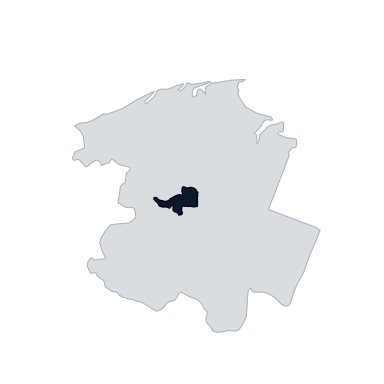 Offouè-Onoyè, Ogooué-Lolo, Gabon shown in context, rotated 111°
{"feature_id": "22940354B26580795617541", "entity_name": "Offouè-Onoyè", "entity_type": "district", "adm_level": 2, "iso_a3": "GAB", "parent_name": "Gabon", "parent_adm1": "Ogooué-Lolo", "projection": "albers", "projection_center": [11.91, -1.081], "detail": "fine", "context": "in_parent", "style": "filled", "palette": "ink", "viewbox_px": 384, "rotation_deg": 111, "n_neighbors": 0, "source": "geoboundaries", "source_scale": "gbopen_adm2", "svg_char_len": 5998}
<svg xmlns="http://www.w3.org/2000/svg" viewBox="0 0 384 384"><g transform="rotate(111 192 192)"><path d="M265.2,64.7L265.0,67.7L261.6,75.0L260.0,80.6L259.6,86.7L260.5,91.5L262.1,94.9L263.2,98.7L262.4,101.3L260.7,102.4L261.9,103.8L264.3,104.1L268.6,102.9L275.1,100.9L283.6,98.1L289.2,96.5L298.4,97.5L303.3,98.6L305.9,100.7L308.6,109.3L309.9,110.6L312.2,114.3L314.0,118.7L314.4,121.0L314.2,122.6L312.3,125.0L310.2,128.5L309.4,130.6L307.7,132.2L305.4,133.7L299.3,134.3L298.3,135.2L296.6,139.0L293.3,142.1L291.8,145.1L290.5,149.1L290.8,154.1L290.1,161.2L289.4,166.0L291.1,167.7L298.4,168.9L299.9,169.9L301.8,172.9L304.3,175.7L311.0,177.5L313.7,179.6L315.8,182.0L316.0,183.9L314.5,191.6L313.0,199.1L313.6,204.7L314.1,210.1L314.9,218.0L314.5,222.8L312.6,225.7L312.6,228.0L313.5,230.8L311.8,238.5L310.7,239.8L307.7,241.2L306.1,243.2L305.6,246.5L303.9,250.9L302.3,252.5L302.3,254.6L303.9,256.1L303.8,258.4L300.8,261.1L299.0,263.2L295.0,264.2L290.4,263.1L289.3,261.6L290.5,259.2L290.1,257.3L288.5,255.3L286.0,250.2L283.9,249.1L282.7,251.2L278.9,255.1L272.3,260.1L267.7,260.5L259.2,258.9L252.1,256.5L248.7,250.7L246.6,245.8L243.6,240.2L240.1,237.5L236.5,235.8L234.9,235.6L229.6,238.8L228.1,240.0L228.1,242.7L228.6,245.1L229.4,246.3L230.0,247.9L229.9,250.3L229.0,253.6L228.7,257.2L212.3,260.8L209.4,259.5L207.4,257.9L204.9,258.2L197.8,260.0L195.2,258.7L192.6,257.8L191.4,258.6L191.3,260.1L192.5,268.6L192.1,271.9L190.5,276.1L189.7,279.0L194.1,279.8L195.6,281.1L197.1,283.3L199.2,285.3L199.4,286.5L197.0,288.7L196.2,291.5L197.3,293.6L200.3,295.8L204.6,298.2L206.7,299.7L206.5,301.1L204.5,304.1L203.7,306.6L202.4,308.8L202.6,310.9L204.6,312.9L204.4,314.6L203.1,315.9L200.4,315.6L198.1,315.8L196.1,315.3L189.7,308.6L188.3,308.4L179.0,313.5L176.7,315.7L174.8,318.7L172.3,325.4L168.1,321.5L164.4,314.5L160.2,310.1L151.3,303.1L148.9,298.0L138.7,286.6L124.1,275.3L113.5,265.4L111.9,263.2L113.6,263.5L123.9,268.4L125.3,267.8L126.4,266.7L122.0,264.2L117.8,262.2L113.9,260.9L109.9,261.0L107.7,258.9L106.2,255.8L105.5,253.0L103.7,250.2L98.1,244.4L96.7,242.1L93.7,239.0L95.5,238.6L101.6,241.6L102.1,240.4L101.6,238.7L95.5,235.9L92.2,235.7L91.5,233.7L91.9,231.4L87.6,222.9L83.1,216.6L82.3,213.6L94.5,227.4L96.1,227.6L98.2,227.5L103.3,225.9L102.3,224.1L100.0,222.1L97.8,223.0L95.0,223.2L93.5,222.4L92.8,221.0L95.7,214.2L94.4,214.6L93.5,215.8L91.9,216.3L89.5,216.7L83.6,213.1L78.3,203.4L76.9,201.4L75.4,198.0L74.0,196.6L68.0,182.8L70.3,183.8L73.0,187.8L78.4,187.0L80.5,184.6L82.3,184.7L84.2,184.2L86.6,182.0L93.4,172.4L95.2,159.9L94.6,152.4L93.6,145.0L95.8,142.6L96.8,144.2L97.2,146.8L98.3,148.8L100.7,150.5L105.3,151.0L112.4,153.7L114.9,155.4L115.5,151.9L123.6,148.9L121.2,147.9L114.0,149.1L104.1,144.7L100.8,141.8L97.7,136.5L94.5,133.7L94.8,131.2L101.9,128.8L103.7,129.1L104.5,131.9L106.4,133.0L107.1,132.6L107.4,130.3L107.5,123.9L105.3,114.9L105.9,113.1L107.9,112.5L109.6,111.3L110.8,111.0L113.2,111.3L114.4,113.4L115.1,114.5L117.5,115.0L119.5,116.2L121.2,115.9L122.7,114.5L124.8,114.3L131.2,114.3L137.1,114.3L148.8,114.3L160.5,114.3L172.2,114.4L181.0,114.4L180.9,109.2L180.9,101.2L180.8,91.8L180.8,82.7L180.7,74.3L180.6,64.4L181.1,61.6L181.7,60.4L181.5,58.7L190.6,58.6L206.9,59.4L214.1,59.3L216.1,59.4L225.1,58.9L232.3,59.5L235.4,60.2L238.2,60.6L246.9,61.0L258.2,60.5L262.1,60.6L264.2,62.0L265.2,64.7Z" fill="#d9dde1" stroke="#a8b0b8" stroke-width="1"/><path d="M190.3,186.4L190.2,186.6L190.2,187.1L190.1,187.5L189.8,187.7L189.5,188.0L189.5,188.4L189.3,188.7L188.9,188.8L188.5,189.1L188.2,189.6L188.2,190.1L188.0,190.7L187.8,191.6L187.9,192.7L188.2,194.6L188.4,195.2L188.8,195.9L189.2,196.4L189.7,197.0L189.9,197.6L190.1,198.4L190.3,199.3L190.3,199.9L190.1,200.3L190.0,200.7L190.0,200.9L190.1,201.4L190.3,201.9L190.5,202.2L190.9,202.3L191.4,202.4L192.0,202.4L192.5,202.3L193.1,202.1L193.8,201.9L194.5,201.8L194.9,201.7L195.3,201.4L196.2,200.6L196.7,200.4L197.0,200.1L197.5,199.7L197.9,199.7L198.2,199.5L198.4,199.4L198.8,199.4L198.8,199.8L198.8,200.3L198.8,200.9L198.8,201.7L198.9,202.5L199.2,203.1L199.6,203.6L200.1,204.2L200.4,204.7L200.7,205.1L201.9,206.2L203.8,207.8L205.1,208.9L206.2,209.8L206.6,210.0L207.1,210.1L207.6,210.3L208.0,210.5L208.4,210.9L208.8,211.3L209.3,211.7L209.8,212.3L210.2,213.1L210.6,214.0L210.7,214.7L210.8,215.3L210.8,215.9L210.9,217.0L211.0,217.5L211.1,218.0L211.2,218.5L211.3,219.2L211.2,220.1L211.2,220.7L211.0,221.2L210.8,221.5L210.6,221.9L210.4,222.2L210.1,222.6L210.0,223.0L210.1,223.4L210.2,223.8L210.4,224.2L210.5,224.6L210.6,224.9L210.6,225.0L211.0,225.1L211.5,225.1L212.0,225.2L212.9,223.7L213.4,222.7L213.7,222.1L213.9,221.4L214.2,220.7L214.6,219.8L215.1,219.1L215.9,218.4L216.4,218.0L216.6,217.6L216.6,217.0L216.6,216.0L216.5,215.0L216.5,214.3L216.3,213.6L216.2,213.1L215.9,212.6L215.5,211.9L215.3,211.4L215.1,210.9L215.0,210.5L215.1,207.4L214.8,207.2L214.4,207.0L214.0,207.0L213.5,206.9L213.2,206.6L212.8,206.4L212.4,206.2L211.7,206.1L211.3,206.0L211.0,205.7L211.0,205.3L211.1,204.9L211.5,204.5L212.0,204.3L212.5,204.2L213.4,204.1L214.0,203.9L214.3,203.6L214.7,203.3L215.2,203.2L215.6,203.1L215.9,202.9L216.2,202.2L216.5,201.5L216.6,201.1L216.5,200.2L216.5,198.9L216.6,198.0L216.8,197.5L217.1,197.1L217.4,196.7L217.8,196.5L218.1,196.1L218.0,195.7L217.9,195.4L217.6,195.2L217.4,195.0L217.1,194.5L217.1,194.2L216.8,193.9L216.5,193.7L215.9,193.5L215.4,193.5L215.0,193.5L214.7,193.7L214.4,193.9L214.1,194.3L213.6,194.8L212.8,195.4L211.9,195.5L211.5,195.6L211.1,195.7L210.7,195.9L210.3,196.1L209.8,196.2L209.3,196.1L208.9,196.0L208.5,195.6L208.2,195.2L208.0,194.7L207.9,193.9L207.9,193.5L207.6,192.8L207.2,192.4L207.0,192.1L206.9,191.6L206.9,191.0L206.9,190.4L206.7,190.0L206.5,189.7L206.3,189.3L206.0,189.0L205.9,188.7L205.8,188.2L205.7,187.7L205.5,187.2L205.4,186.6L205.4,186.0L205.2,185.1L204.8,184.3L204.4,183.6L204.1,183.1L203.7,182.5L203.4,182.0L202.0,182.4L201.0,182.8L199.6,183.3L198.7,183.7L197.2,184.3L196.2,184.7L195.3,185.1L194.3,185.2L193.4,185.6L192.8,185.8L192.1,186.0L191.6,186.2L191.0,186.3L190.3,186.4Z" fill="#0f172a" stroke="#020617" stroke-width="1.5"/></g></svg>